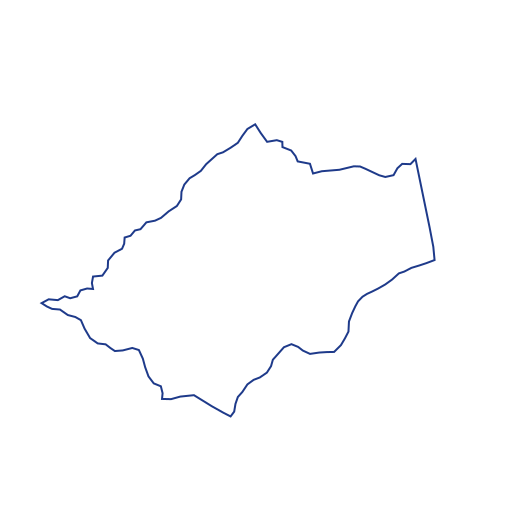 Braúna, São Paulo, Brazil, rotated 35°
{"feature_id": "56859067B77471541506596", "entity_name": "Braúna", "entity_type": "district", "adm_level": 2, "iso_a3": "BRA", "parent_name": "Brazil", "parent_adm1": "São Paulo", "projection": "albers", "projection_center": [-50.346, -21.547], "detail": "fine", "context": "isolated", "style": "outline", "palette": "blue", "viewbox_px": 512, "rotation_deg": 35, "n_neighbors": 0, "source": "geoboundaries", "source_scale": "gbopen_adm2", "svg_char_len": 1734}
<svg xmlns="http://www.w3.org/2000/svg" viewBox="0 0 512 512"><g transform="rotate(35 256 256)"><path d="M376.7,280.3L376.1,272.5L375.1,264.9L369.7,256.3L367.5,247.6L366.2,240.1L365.6,234.6L366.6,228.3L368.7,223.3L371.4,218.7L374.6,212.8L378.2,205.2L381.0,197.2L383.0,188.3L386.4,183.7L390.1,176.6L395.2,170.1L399.6,164.2L404.6,156.9L396.0,146.8L381.8,133.0L331.0,85.0L329.8,92.2L322.9,96.7L321.5,103.0L322.3,110.9L316.6,117.1L310.6,119.2L295.6,121.8L289.9,123.0L284.7,126.4L274.9,137.5L261.3,148.8L255.4,155.7L247.3,149.5L235.9,154.6L231.1,151.5L224.3,149.4L215.2,151.6L212.1,147.4L206.6,149.2L199.6,156.1L189.2,152.5L179.8,148.6L176.1,156.9L175.9,165.4L176.2,173.7L173.1,181.9L169.5,190.0L165.9,194.8L162.5,209.4L162.0,217.9L159.5,224.8L157.0,230.4L156.3,238.6L158.1,246.1L162.2,252.6L162.5,260.4L158.9,269.4L156.3,279.3L153.0,285.0L146.9,291.3L146.0,300.3L142.2,304.5L141.6,311.4L137.8,316.2L141.0,321.6L142.1,326.9L138.2,334.5L137.4,344.5L141.4,350.8L141.4,360.2L134.3,366.3L137.1,372.3L141.4,376.5L136.3,379.5L131.9,384.9L132.7,391.6L128.0,397.2L122.4,398.7L119.0,405.8L111.0,410.4L107.4,417.6L113.7,417.3L119.3,416.3L126.1,412.3L135.7,412.3L143.0,409.6L149.4,409.0L157.2,413.8L167.2,418.4L176.5,418.4L183.5,414.6L189.6,414.9L194.9,414.8L201.0,409.8L207.4,402.3L214.0,400.2L222.2,405.0L228.9,410.6L237.0,416.3L245.3,419.0L252.8,417.3L258.2,422.0L261.0,427.0L268.5,422.0L274.6,414.6L285.0,405.6L306.1,404.4L319.2,403.1L327.2,402.0L327.4,396.0L324.0,388.9L322.0,381.9L322.8,375.3L322.6,366.1L325.1,358.8L328.8,353.3L331.8,345.3L331.5,337.6L329.3,331.3L330.4,321.9L331.2,314.7L335.6,307.9L342.7,306.3L348.6,306.6L356.4,305.2L363.2,298.8L369.1,294.1L375.0,289.8L376.7,280.3Z" fill="none" stroke="#1e3a8a" stroke-width="2"/></g></svg>